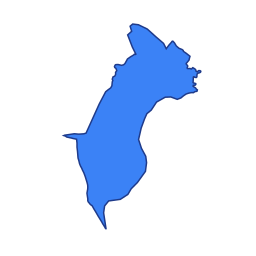 Douentza, Mopti, Mali, rotated 100°
{"feature_id": "8926073B88686388091277", "entity_name": "Douentza", "entity_type": "district", "adm_level": 2, "iso_a3": "MLI", "parent_name": "Mali", "parent_adm1": "Mopti", "projection": "natural_earth1", "projection_center": [-2.566, 15.116], "detail": "fine", "context": "isolated", "style": "filled", "palette": "blue", "viewbox_px": 256, "rotation_deg": 100, "n_neighbors": 0, "source": "geoboundaries", "source_scale": "gbopen_adm2", "svg_char_len": 2432}
<svg xmlns="http://www.w3.org/2000/svg" viewBox="0 0 256 256"><g transform="rotate(100 128 128)"><path d="M85.3,151.5L89.2,151.2L91.5,152.0L94.0,154.4L96.2,156.3L109.4,160.5L140.3,168.4L141.4,170.5L142.6,175.4L143.0,179.9L146.1,189.2L146.6,189.9L146.7,189.0L146.9,188.0L147.2,187.5L147.5,187.0L147.5,186.5L147.6,185.6L147.6,184.4L147.7,183.4L147.7,182.2L147.9,180.1L147.9,179.0L148.0,176.7L151.7,175.6L155.7,174.9L159.7,173.7L163.5,172.7L166.2,172.0L169.0,170.6L171.6,169.5L173.8,168.1L175.8,166.5L177.1,165.7L179.8,163.7L183.4,161.6L188.9,158.8L191.2,157.8L193.4,157.3L195.1,157.1L197.5,157.1L199.3,157.1L202.4,156.1L204.7,155.3L206.5,155.0L207.6,154.4L208.4,153.4L209.3,152.5L209.9,151.6L210.4,150.8L210.5,150.5L210.6,150.0L214.0,147.2L216.0,145.4L220.3,141.8L224.2,138.3L224.7,137.9L225.1,137.5L225.9,136.9L226.9,136.1L227.4,135.6L228.3,134.8L228.9,134.3L229.8,133.5L230.5,133.0L231.3,132.2L231.5,132.1L231.2,132.1L215.7,137.3L208.8,137.5L203.2,134.4L199.6,123.2L193.4,116.6L187.3,114.3L180.1,109.3L167.7,103.3L158.9,103.7L152.8,105.6L145.7,111.2L137.5,115.6L125.8,115.0L116.2,113.3L110.6,111.9L106.3,108.2L97.5,104.4L91.2,96.7L90.0,91.2L91.2,84.5L89.2,81.1L86.6,78.9L84.4,76.6L83.2,74.4L82.2,71.9L81.8,69.6L80.6,68.5L79.9,66.5L78.4,66.3L77.8,67.5L76.8,68.4L76.2,69.9L75.5,71.2L74.6,71.1L74.2,69.4L73.4,68.8L72.5,69.0L72.3,70.2L72.3,71.1L72.0,71.8L67.8,72.3L66.5,72.5L66.1,72.1L66.1,71.7L66.4,71.3L66.4,70.7L66.5,69.7L66.2,69.3L65.8,69.1L65.0,69.1L64.1,69.3L63.6,69.3L63.2,69.3L62.6,69.2L61.6,68.2L61.2,67.1L60.5,66.3L59.8,66.1L59.3,66.3L59.0,67.1L59.2,68.4L60.6,69.6L60.4,70.6L60.0,71.0L59.5,71.1L59.2,71.3L58.6,71.7L58.3,72.3L57.9,73.0L57.7,73.9L57.3,74.6L57.5,74.9L58.0,75.1L58.3,75.4L58.8,75.7L58.9,76.3L58.6,77.2L59.0,78.7L59.1,79.9L58.4,80.2L56.6,79.9L55.5,81.0L55.1,81.6L54.3,81.9L52.5,80.8L50.5,79.7L48.6,79.6L46.6,79.4L44.7,82.9L42.9,86.7L42.0,87.1L41.3,88.4L40.6,91.7L38.8,94.7L36.1,97.0L35.5,97.8L35.1,98.4L34.7,98.9L34.9,99.5L35.3,99.8L35.7,99.9L39.1,102.0L43.3,104.1L38.5,107.7L33.4,116.3L27.2,126.2L24.5,135.7L24.8,141.4L27.4,143.6L32.1,141.2L36.4,144.5L47.5,137.8L53.9,133.1L54.3,133.5L54.3,134.6L55.1,135.1L57.4,137.8L60.1,140.5L65.1,142.2L66.5,143.3L67.4,145.2L67.2,148.9L67.5,150.0L67.6,150.7L68.0,151.4L69.0,151.8L69.9,152.0L70.8,151.5L71.3,150.3L73.5,149.0L75.3,149.9L77.4,149.5L79.3,150.1L80.2,151.6L81.5,151.8L82.6,152.0L83.9,151.2L85.3,151.5Z" fill="#3b82f6" stroke="#1e3a8a" stroke-width="1.5"/></g></svg>